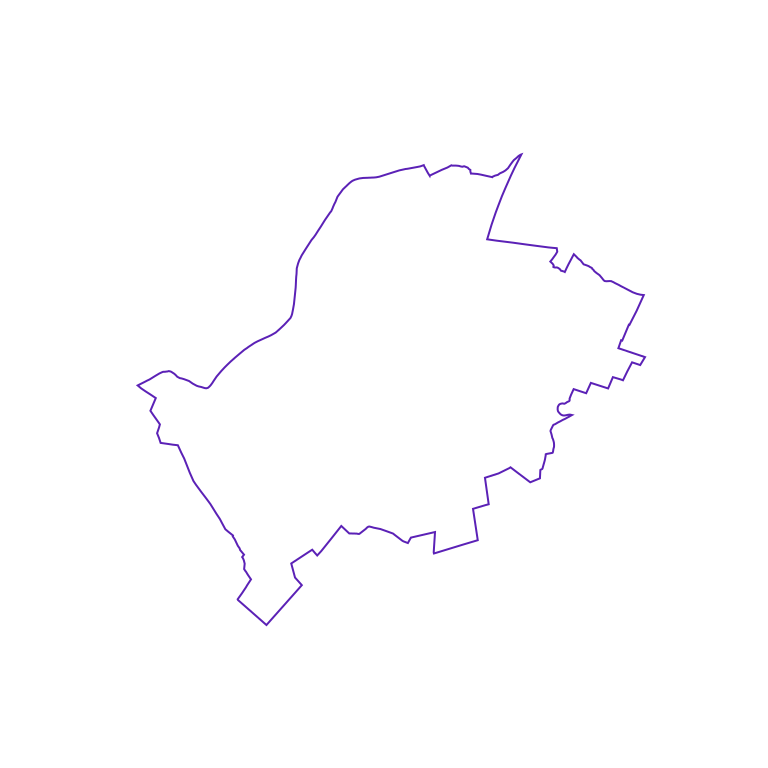 outline of Vetis, Satu Mare, Romania, rotated 300°
{"feature_id": "2599482B41100527778535", "entity_name": "Vetis", "entity_type": "district", "adm_level": 2, "iso_a3": "ROU", "parent_name": "Romania", "parent_adm1": "Satu Mare", "projection": "natural_earth1", "projection_center": [22.756, 47.784], "detail": "fine", "context": "isolated", "style": "outline", "palette": "violet", "viewbox_px": 768, "rotation_deg": 300, "n_neighbors": 0, "source": "geoboundaries", "source_scale": "gbopen_adm2", "svg_char_len": 5506}
<svg xmlns="http://www.w3.org/2000/svg" viewBox="0 0 768 768"><g transform="rotate(300 384 384)"><path d="M451.1,562.3L450.7,561.0L450.4,560.2L449.9,559.5L449.2,558.6L447.9,557.2L446.8,555.8L446.3,554.8L446.1,553.9L446.0,552.8L446.1,552.2L446.2,551.6L446.8,549.7L447.2,548.7L447.6,548.1L448.8,547.1L450.1,546.4L451.0,546.0L452.1,545.9L453.1,545.9L453.8,546.0L454.9,546.6L455.9,547.6L456.6,548.6L456.8,549.4L457.2,550.2L458.7,551.1L459.5,551.4L460.3,551.9L461.5,552.8L462.1,553.0L462.7,552.9L463.2,552.7L463.6,552.3L464.3,552.0L468.1,551.4L474.4,550.8L477.1,563.7L488.4,562.6L492.2,580.3L504.4,578.8L506.1,585.9L506.4,587.2L506.7,589.1L516.6,588.4L526.8,588.0L528.5,596.4L537.8,596.6L532.2,569.1L540.5,567.5L540.7,568.6L557.8,566.4L557.9,567.0L573.6,566.2L590.9,564.5L589.6,561.5L588.5,557.8L587.8,553.5L587.3,541.9L587.2,540.0L587.2,537.9L586.9,533.5L586.9,531.8L586.8,530.8L586.7,529.8L586.7,529.4L586.2,528.4L585.2,526.7L584.4,525.6L583.7,524.1L583.5,523.5L583.6,523.0L583.7,522.4L584.0,521.6L584.2,521.1L584.7,519.9L585.2,518.5L585.6,517.4L585.8,516.9L586.0,516.3L586.1,515.5L586.2,514.5L586.3,513.5L586.4,512.3L586.6,511.5L586.7,510.6L587.0,509.4L587.5,508.5L587.7,507.7L587.8,506.9L588.3,506.3L588.4,505.4L588.3,503.6L588.4,502.4L588.2,500.9L587.7,498.2L587.5,497.5L587.5,496.9L589.4,492.3L589.4,491.4L589.9,488.5L590.4,487.1L591.3,483.5L580.1,483.9L575.5,484.2L571.4,484.6L571.4,483.6L571.1,482.5L571.0,481.7L570.6,480.9L570.8,480.2L571.3,479.2L571.5,478.1L571.6,476.7L571.4,475.4L570.8,474.6L570.1,473.1L570.0,472.2L570.4,472.0L570.9,472.0L571.6,471.6L571.9,471.0L572.5,469.8L572.8,468.4L573.2,466.8L576.2,467.3L579.2,467.6L581.9,467.9L584.5,467.9L585.2,467.9L588.0,465.7L585.9,461.2L584.5,458.1L580.0,447.3L575.9,437.4L570.9,425.1L564.5,410.0L560.9,401.0L575.7,397.5L582.3,396.2L588.4,395.0L595.6,393.8L605.7,392.2L614.8,391.1L627.9,389.7L636.4,389.0L651.5,388.2L650.8,387.6L648.7,386.5L646.0,385.7L642.8,384.5L640.8,384.2L637.1,383.8L632.9,383.5L629.7,382.4L627.4,381.2L624.3,379.0L622.1,378.1L620.0,376.0L617.8,374.4L617.3,374.4L615.6,369.1L613.8,363.3L612.6,359.9L610.1,354.7L609.7,354.2L610.9,352.8L612.4,351.8L612.6,351.7L612.6,351.4L612.6,350.4L612.7,350.0L612.8,349.6L613.2,348.5L613.1,347.4L612.7,344.7L612.1,343.9L611.5,343.5L610.9,342.1L610.4,340.0L610.0,339.0L608.9,336.7L607.2,333.8L607.1,333.0L603.2,330.7L598.4,327.0L587.5,319.5L587.1,319.6L588.3,317.3L588.7,316.5L593.1,309.3L593.4,309.0L590.6,306.6L589.8,305.7L587.8,303.4L582.1,296.7L581.0,295.2L578.7,292.7L576.7,290.5L571.8,286.0L561.2,276.3L559.2,274.0L558.1,272.5L556.5,270.0L554.2,266.4L552.0,262.9L549.7,259.9L546.4,256.7L544.2,255.1L542.7,254.4L540.6,253.6L532.1,251.1L524.1,250.2L522.8,250.1L517.4,250.9L515.0,251.0L511.4,251.4L511.0,251.5L510.4,251.6L507.1,251.9L505.8,251.6L504.7,251.5L499.6,251.1L497.2,250.9L495.1,250.8L488.8,250.6L483.9,250.3L478.9,250.1L475.9,249.8L472.4,249.2L462.2,248.7L454.2,248.4L451.6,248.6L449.0,248.7L445.5,249.3L440.6,250.6L435.6,253.2L432.9,254.4L430.3,255.7L425.7,258.1L423.1,259.4L416.4,262.4L408.1,266.1L403.4,267.8L398.7,269.4L396.8,269.8L394.4,270.0L393.5,269.8L387.6,268.5L385.1,267.9L379.5,266.2L374.4,264.5L369.8,261.8L367.3,260.1L364.8,258.2L360.3,255.0L357.8,253.2L354.8,251.3L348.4,248.1L346.7,247.4L343.7,245.9L338.2,243.9L332.6,241.9L326.9,240.0L322.4,238.7L318.7,237.7L313.9,236.6L306.8,235.3L301.3,234.9L298.9,234.8L296.3,234.5L294.9,234.2L293.6,233.8L292.6,233.4L291.4,232.2L290.8,230.7L290.0,227.1L289.2,224.6L288.8,222.6L288.7,218.1L289.1,213.7L288.6,210.7L288.2,208.4L287.6,205.9L287.0,204.2L286.9,201.3L287.5,199.5L288.0,197.3L288.2,193.7L288.1,192.9L287.6,191.2L286.5,190.1L285.8,189.1L285.2,188.4L284.2,186.7L283.1,185.8L280.8,184.2L276.7,181.9L270.7,178.7L268.4,177.1L266.0,175.6L261.3,172.5L259.6,171.4L258.8,175.9L258.4,181.2L258.1,187.3L257.7,193.4L251.2,194.2L244.0,195.1L241.6,200.1L239.5,204.7L237.0,210.1L234.0,210.9L227.9,212.1L224.7,216.2L221.3,220.0L224.2,227.2L225.8,231.3L227.9,236.1L223.2,242.7L219.5,248.3L218.7,249.3L215.6,253.2L210.1,260.1L204.7,267.5L202.7,271.6L199.2,279.6L195.7,288.0L193.2,293.7L187.9,303.6L185.0,309.4L182.6,313.2L178.9,319.2L178.2,323.0L177.3,329.0L176.4,329.2L174.8,332.5L170.8,338.3L169.5,341.1L168.3,342.4L166.2,348.1L163.2,347.7L162.5,349.1L161.2,350.8L158.7,353.2L153.8,355.4L152.8,357.3L152.5,358.2L150.8,361.3L148.3,366.5L141.3,366.1L139.0,366.1L131.4,365.6L124.4,364.9L123.9,365.6L116.5,402.7L164.2,412.5L168.7,413.4L171.9,403.7L179.5,396.1L182.2,393.4L200.5,402.6L204.6,404.7L203.1,408.9L202.1,411.9L207.9,413.2L223.5,415.6L239.7,418.0L237.2,428.6L240.1,433.9L240.8,435.2L241.3,436.7L241.9,437.6L249.3,440.6L251.5,441.2L252.6,441.8L253.3,442.7L254.1,445.6L254.4,446.9L256.6,453.4L257.7,459.3L258.9,466.0L259.0,467.0L258.9,467.4L258.8,467.8L257.4,478.5L257.5,479.9L258.2,484.2L264.4,484.1L264.6,484.4L264.8,484.5L281.3,502.2L263.1,511.2L262.5,511.7L262.2,512.0L284.7,533.0L295.6,543.3L320.4,523.5L329.8,532.4L332.2,534.8L353.3,518.3L363.8,527.9L374.0,534.7L375.1,535.2L374.0,543.7L372.0,559.8L380.3,566.2L387.5,562.5L387.9,562.4L389.3,563.4L389.7,563.5L390.2,563.5L391.6,563.1L397.9,561.5L399.5,561.0L401.7,560.2L403.1,559.7L404.0,559.2L404.4,559.4L408.4,564.1L408.8,564.4L409.6,564.3L411.0,563.8L411.9,563.4L413.2,563.0L414.5,562.7L416.2,561.8L418.0,560.6L419.1,559.6L420.7,557.9L421.5,556.7L422.5,555.8L424.2,554.2L426.5,551.7L426.8,551.6L427.6,551.4L432.6,551.1L433.0,551.1L433.4,551.2L434.8,552.3L437.7,553.9L439.8,555.3L442.2,556.7L444.3,558.2L451.1,562.3Z" fill="none" stroke="#5b21b6" stroke-width="2"/></g></svg>